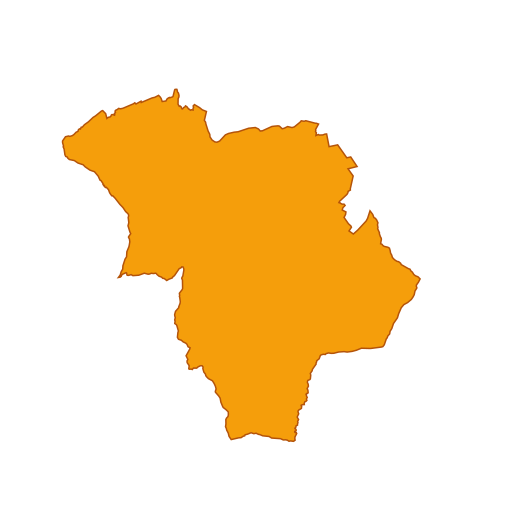 Cislau, Buzau, Romania, rotated 341°
{"feature_id": "2599482B87783009724517", "entity_name": "Cislau", "entity_type": "district", "adm_level": 2, "iso_a3": "ROU", "parent_name": "Romania", "parent_adm1": "Buzau", "projection": "orthographic", "projection_center": [26.377, 45.21], "detail": "fine", "context": "isolated", "style": "filled", "palette": "amber", "viewbox_px": 512, "rotation_deg": 341, "n_neighbors": 0, "source": "geoboundaries", "source_scale": "gbopen_adm2", "svg_char_len": 6080}
<svg xmlns="http://www.w3.org/2000/svg" viewBox="0 0 512 512"><g transform="rotate(341 256 256)"><path d="M344.8,382.9L346.4,383.0L348.4,381.7L352.2,376.8L353.4,376.1L354.5,374.6L357.0,373.2L358.2,370.9L360.8,368.8L364.0,364.6L369.6,360.5L372.1,357.0L376.5,352.2L380.0,350.1L384.2,349.4L388.8,347.6L391.1,345.9L393.0,344.1L394.9,340.9L397.6,338.7L397.8,338.2L397.7,336.9L398.2,335.7L401.0,333.7L403.7,331.1L402.4,328.4L400.3,326.6L399.2,324.9L398.6,322.2L397.6,320.5L397.3,318.6L395.9,317.5L390.5,311.4L390.4,310.0L389.6,308.7L389.0,307.8L387.5,306.9L385.7,304.5L384.5,301.8L384.6,299.2L384.2,297.1L384.6,294.5L384.7,292.0L383.6,290.7L380.3,288.6L379.4,287.4L378.9,285.9L377.8,285.0L380.0,281.0L380.2,279.9L379.9,278.3L379.9,275.1L380.3,274.2L379.9,269.8L380.6,268.7L381.0,266.0L382.1,264.3L381.8,261.1L381.5,260.6L381.3,259.4L380.0,258.1L379.9,254.7L378.5,250.4L373.8,256.7L371.5,258.8L360.7,264.6L355.2,266.9L352.1,262.6L355.6,259.9L355.5,258.5L353.9,255.6L351.8,248.2L354.2,245.9L355.4,243.6L352.5,240.6L353.8,238.7L356.7,237.2L356.2,235.7L354.3,235.0L352.5,233.1L352.6,232.9L351.8,232.5L352.8,231.5L362.0,227.4L363.5,226.1L364.1,224.9L366.7,224.4L367.0,223.2L373.9,212.0L371.4,203.5L380.7,204.3L377.8,193.2L373.8,192.7L369.4,177.5L360.7,176.4L362.5,163.6L360.8,163.2L358.6,163.3L355.1,162.2L354.5,161.4L351.9,161.6L353.2,159.1L352.7,157.9L353.3,157.0L353.6,155.7L358.1,151.6L356.4,150.2L355.2,149.7L347.1,144.3L345.4,144.3L342.8,142.9L341.3,143.8L334.3,146.4L331.9,146.3L328.0,143.9L324.2,144.4L322.2,144.2L320.4,140.8L319.2,140.1L316.0,139.3L313.2,138.7L302.9,139.7L300.7,139.2L299.7,136.7L297.2,134.3L290.6,132.8L279.5,132.7L275.6,131.8L269.9,131.2L266.5,131.5L259.0,135.5L256.1,135.7L254.2,134.7L252.2,132.0L251.3,128.4L251.9,125.9L251.4,122.1L251.6,114.8L251.9,113.0L251.3,111.0L256.2,103.2L252.8,100.3L251.0,97.4L247.1,92.8L245.4,93.7L245.4,95.1L244.6,95.8L244.1,97.5L242.5,96.7L241.4,96.8L240.7,95.4L240.2,95.2L239.2,92.2L238.2,91.1L237.3,91.9L235.9,92.1L234.5,93.0L234.0,92.9L233.7,91.6L233.8,90.7L233.0,89.4L232.2,89.5L231.7,87.1L233.6,81.9L234.9,80.5L235.5,79.0L235.7,76.6L235.2,75.5L235.5,72.7L235.2,72.5L233.7,72.1L233.2,72.4L229.5,78.1L229.0,78.4L225.9,78.3L225.7,77.9L224.4,78.1L223.1,78.5L221.3,80.1L217.6,79.4L217.6,76.5L217.3,74.8L216.2,72.4L212.0,73.0L209.1,72.7L197.5,73.5L197.7,72.2L192.0,73.2L191.3,71.7L189.6,72.2L178.3,73.0L175.9,72.7L174.1,71.7L172.7,72.3L170.8,72.5L169.9,73.1L169.8,74.6L168.5,75.1L168.6,75.9L168.1,76.8L166.7,75.7L165.7,75.4L165.0,75.7L164.2,76.7L163.4,77.0L161.4,76.8L159.8,77.4L160.2,72.4L158.4,68.6L157.1,68.6L149.8,71.3L147.1,71.9L141.2,74.6L136.5,76.0L133.8,77.6L132.7,77.3L131.4,78.7L131.1,78.3L129.4,78.6L128.2,80.2L126.2,80.4L123.3,81.9L121.4,82.4L119.0,82.3L117.8,81.5L114.7,81.2L110.5,84.3L110.0,85.9L109.8,89.5L109.2,90.0L109.4,92.3L108.3,98.0L108.5,99.9L109.7,100.9L109.9,102.2L110.9,104.0L115.3,106.6L117.9,110.1L122.3,113.5L123.5,116.1L127.0,120.8L130.7,123.7L132.8,129.1L133.2,133.5L134.0,134.2L134.9,137.7L134.6,138.6L134.9,139.3L135.3,139.5L135.5,140.1L135.1,140.2L135.5,141.3L136.1,142.3L136.8,142.3L138.1,145.2L138.2,148.6L138.7,150.6L139.3,152.2L140.2,152.5L141.6,155.5L144.1,162.8L146.0,166.9L147.2,171.5L148.7,174.3L148.9,175.5L148.6,176.7L147.7,177.9L146.6,183.0L144.8,185.8L144.6,192.2L144.8,194.1L141.8,196.3L141.5,197.1L141.9,198.5L141.3,201.5L139.9,204.1L138.9,205.8L135.3,209.9L133.3,214.7L131.2,216.3L127.0,221.9L125.7,225.0L123.4,227.0L121.4,229.8L118.9,231.5L120.7,231.8L122.0,231.3L122.8,230.3L123.9,229.8L127.8,229.5L128.1,230.0L127.8,231.9L128.0,232.3L129.0,232.8L131.9,233.0L133.2,234.5L138.9,236.0L144.8,235.9L148.1,238.1L149.6,238.4L151.3,238.2L153.3,239.2L155.5,239.6L156.0,240.1L156.4,241.3L157.7,243.5L159.8,245.2L160.6,246.8L161.9,247.4L163.6,250.1L166.1,249.6L169.6,249.5L170.9,248.5L172.4,248.1L179.2,243.0L181.4,242.7L182.2,242.1L183.5,242.7L183.5,244.9L183.1,246.0L180.3,251.1L179.0,252.2L178.5,253.0L178.6,254.9L176.0,262.9L175.3,263.7L171.4,266.3L171.0,268.4L170.4,269.3L170.4,270.3L169.6,274.3L168.9,275.9L166.4,278.9L166.1,279.7L161.9,282.1L160.0,284.9L159.7,286.1L159.6,288.0L158.3,290.0L158.3,291.2L157.2,293.4L158.3,294.9L158.5,296.0L158.2,301.6L157.2,303.0L155.2,307.3L155.6,309.5L158.0,311.4L159.1,313.4L161.2,315.5L162.0,317.0L162.2,319.7L163.8,321.3L162.9,322.6L157.4,327.6L157.9,331.6L156.6,332.8L156.2,334.5L157.1,337.9L155.7,340.8L156.2,341.4L157.8,341.8L158.8,342.6L160.3,341.6L163.4,342.7L165.4,341.9L167.8,341.7L169.3,342.2L169.8,343.8L169.1,345.1L168.9,348.8L169.7,351.1L169.6,352.7L169.8,353.8L171.1,356.5L174.2,359.8L174.9,362.9L175.2,365.8L175.0,368.7L173.5,370.7L173.3,371.6L175.2,376.3L175.8,378.8L175.2,382.7L175.5,387.7L175.7,388.6L177.5,391.3L179.0,394.3L178.4,396.5L177.6,398.2L177.0,398.8L175.3,399.7L174.2,400.9L172.9,405.0L171.6,407.5L171.8,409.3L171.6,411.1L172.1,414.3L171.8,417.8L172.8,421.5L180.6,422.3L182.7,422.9L185.5,422.2L186.7,422.4L187.5,421.5L190.1,421.7L193.8,421.5L196.1,423.3L198.4,423.6L200.2,425.4L201.6,426.2L203.8,428.2L209.6,430.9L211.5,433.2L219.7,436.7L221.9,438.8L224.3,439.5L225.7,440.4L226.9,441.9L228.5,442.1L231.0,443.4L231.8,443.3L233.1,442.8L233.1,441.8L233.9,439.8L236.7,437.1L236.6,436.2L235.6,435.7L235.3,435.0L235.6,434.4L236.7,434.5L237.1,434.2L237.4,432.9L236.7,432.0L236.7,431.5L237.9,430.9L238.5,429.7L240.2,429.4L240.5,428.4L241.4,427.2L241.5,425.9L243.0,424.5L242.5,422.0L242.7,421.4L245.0,419.1L245.0,417.0L245.3,416.3L246.2,415.6L249.3,414.9L250.3,412.9L249.9,412.3L250.3,411.7L251.5,411.7L253.3,412.2L253.5,411.1L254.9,409.6L255.9,409.7L257.1,409.1L257.1,407.6L258.4,406.4L258.1,404.6L258.6,403.6L258.3,403.0L259.1,402.5L260.3,402.6L260.8,402.2L261.4,399.7L261.1,398.1L263.2,396.1L263.6,394.1L263.4,392.4L263.9,391.2L264.5,390.5L266.6,390.4L267.4,389.9L269.0,386.4L269.1,384.7L271.6,382.9L272.5,381.5L277.6,377.8L278.0,376.6L278.9,375.8L279.3,374.8L282.2,373.8L284.4,371.1L285.4,370.7L287.5,370.8L289.6,371.7L290.4,371.1L293.1,371.3L295.3,372.5L297.9,373.3L302.9,373.7L308.2,375.1L310.9,376.5L315.9,377.5L320.3,377.8L325.6,377.5L334.1,380.7L344.8,382.9Z" fill="#f59e0b" stroke="#b45309" stroke-width="1.5"/></g></svg>